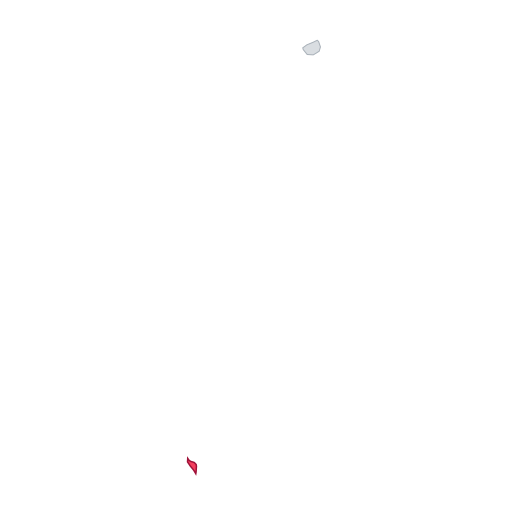 Mitiaro on a map of Cook Islands (Natural Earth projection), rotated 145°
{"feature_id": "COK-4954", "entity_name": "Mitiaro", "entity_type": "state/province", "adm_level": 1, "iso_a3": "COK", "parent_name": "Cook Islands", "parent_adm1": "", "projection": "natural_earth1", "projection_center": [-157.722, -19.812], "detail": "fine", "context": "in_parent", "style": "filled", "palette": "rose", "viewbox_px": 512, "rotation_deg": 145, "n_neighbors": 0, "source": "natural_earth", "source_scale": "10m", "svg_char_len": 510}
<svg xmlns="http://www.w3.org/2000/svg" viewBox="0 0 512 512"><g transform="rotate(145 256 256)"><path d="M98.3,399.7L93.1,399.8L86.5,398.3L82.1,397.6L81.7,395.8L83.3,390.3L86.8,387.5L93.7,387.9L98.5,391.7L98.9,398.0L98.3,399.7Z" fill="#d9dde1" stroke="#a8b0b8" stroke-width="1"/><path d="M430.2,112.2L429.9,116.3L430.3,121.7L430.2,126.6L428.0,129.4L428.0,126.8L427.1,124.9L426.0,123.6L425.0,122.2L424.6,119.5L425.4,117.9L429.0,113.4L430.2,112.2Z" fill="#f43f5e" stroke="#9f1239" stroke-width="1.5"/></g></svg>